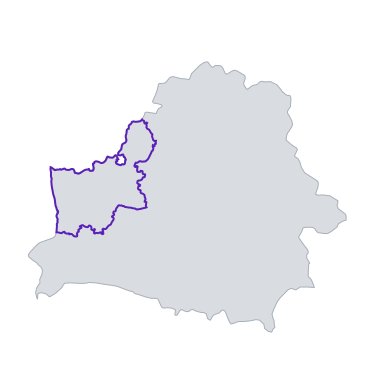 Belarus, with Grodno highlighted, rotated 6°
{"feature_id": "BLR-2344", "entity_name": "Grodno", "entity_type": "Region", "adm_level": 1, "iso_a3": "BLR", "parent_name": "Belarus", "parent_adm1": "", "projection": "orthographic", "projection_center": [25.492, 53.866], "detail": "fine", "context": "in_parent", "style": "outline", "palette": "violet", "viewbox_px": 384, "rotation_deg": 6, "n_neighbors": 0, "source": "natural_earth", "source_scale": "10m", "svg_char_len": 9427}
<svg xmlns="http://www.w3.org/2000/svg" viewBox="0 0 384 384"><g transform="rotate(6 192 192)"><path d="M323.5,274.2L317.1,274.4L309.5,275.2L305.5,278.5L300.7,277.4L297.6,279.4L290.6,288.2L288.0,292.8L285.7,299.8L284.3,305.0L285.5,308.5L287.1,311.6L287.7,315.2L288.6,317.9L286.8,320.0L285.9,323.0L282.6,322.7L278.5,320.2L277.4,316.2L274.2,313.6L272.1,312.3L268.8,312.3L263.6,314.0L256.8,315.4L251.6,316.0L248.8,317.5L244.7,319.2L243.0,317.6L240.5,313.2L238.3,308.7L236.9,306.8L235.7,306.3L234.4,306.4L232.8,308.0L231.7,309.5L227.4,311.4L225.6,313.2L223.7,317.5L222.3,317.2L220.8,316.3L218.9,311.7L216.6,310.7L212.9,310.8L208.4,310.0L204.7,308.7L203.4,309.1L201.2,311.2L198.9,311.6L193.7,310.0L192.7,310.8L189.9,316.1L188.5,316.4L187.7,315.7L188.0,311.2L184.9,309.7L179.9,309.6L176.3,310.4L174.6,310.2L173.7,309.4L169.2,301.9L166.9,301.5L162.8,302.0L156.7,301.2L149.7,299.6L145.8,299.0L143.8,297.3L139.5,296.8L127.9,293.7L123.2,293.2L116.3,293.1L105.8,292.4L99.0,292.8L95.9,293.8L92.2,294.4L79.7,295.2L75.2,296.0L73.9,297.5L72.3,301.0L67.0,306.9L61.9,310.8L61.0,311.1L58.1,308.9L55.7,308.2L52.8,307.9L50.7,308.5L49.4,309.5L49.5,314.1L49.2,314.5L47.1,308.9L47.4,304.0L48.7,301.1L50.3,298.6L49.7,294.7L51.4,289.7L51.5,286.0L50.9,284.4L49.7,282.5L46.6,280.4L45.2,278.8L40.8,276.5L36.6,273.7L35.9,272.1L36.1,271.0L36.9,269.3L40.4,264.5L44.1,259.8L46.5,257.9L58.7,252.1L60.6,250.0L61.2,246.4L61.2,239.0L60.6,232.3L59.8,227.6L57.7,218.9L51.9,200.8L48.8,182.1L51.1,183.3L56.7,183.8L61.2,182.6L63.5,182.5L65.6,183.0L71.5,182.0L72.9,183.7L75.5,185.3L80.7,183.2L85.3,180.6L90.1,181.0L90.8,179.7L92.0,173.1L93.4,171.7L99.1,172.4L101.1,171.2L103.3,168.0L106.7,166.0L109.5,166.0L112.3,163.7L113.8,165.2L114.5,168.0L113.5,170.1L113.9,171.0L115.9,172.1L119.4,172.0L121.6,171.1L122.1,169.9L122.1,167.6L121.5,165.5L120.0,163.7L117.3,162.8L115.4,162.7L115.1,161.6L115.7,159.1L117.4,154.5L119.5,150.4L120.7,148.9L120.9,147.4L120.7,144.9L120.6,140.5L122.4,134.2L124.9,129.4L128.2,127.9L132.2,127.0L134.8,124.8L136.0,122.2L137.0,118.1L138.3,117.3L148.0,117.7L149.4,113.6L150.2,112.5L152.0,111.2L153.3,109.8L152.8,108.7L150.3,108.0L144.5,107.5L143.3,106.1L143.7,104.5L145.2,100.3L146.6,94.9L147.2,90.8L147.3,88.3L148.1,87.6L152.8,86.8L154.3,85.9L158.2,80.2L161.2,79.2L169.2,80.4L172.8,80.2L177.4,80.5L177.7,79.9L179.2,74.2L186.7,65.0L190.7,61.8L193.3,61.0L194.2,61.1L198.5,65.7L199.5,65.8L202.2,63.7L207.0,63.4L209.3,64.9L212.7,70.6L214.4,71.2L218.9,67.7L221.4,66.5L223.1,66.5L232.1,70.5L232.8,71.9L233.0,73.6L231.9,79.0L233.9,82.1L236.2,84.2L240.5,80.3L242.1,79.2L244.0,79.0L246.3,77.6L248.0,75.4L249.6,74.6L252.9,74.9L258.7,74.0L265.7,76.7L266.4,77.7L270.1,81.2L271.4,82.9L272.6,83.4L274.5,85.1L277.0,86.1L278.7,85.6L279.6,86.2L280.4,87.5L280.7,90.0L281.0,96.9L278.8,100.8L278.6,102.1L278.8,103.6L281.0,106.5L283.9,111.0L284.7,113.6L284.8,115.7L281.9,121.9L280.8,123.4L280.2,126.4L280.0,129.4L280.4,130.7L286.6,135.0L291.1,137.2L292.2,138.4L292.3,139.2L290.4,144.5L290.3,145.9L293.9,147.7L296.1,150.9L298.3,156.2L302.0,161.1L315.1,167.7L316.3,169.0L316.8,170.6L316.7,174.2L315.0,181.2L317.3,182.0L322.8,181.2L329.5,181.4L338.0,185.5L338.2,187.6L337.6,189.7L338.3,191.7L339.4,193.4L346.9,198.0L347.7,199.5L348.1,202.1L348.1,204.0L346.2,204.6L344.2,205.8L340.9,208.4L339.8,211.8L334.5,216.8L331.1,219.2L328.3,219.5L321.5,219.2L319.0,217.2L317.8,215.3L315.2,214.6L311.7,214.8L307.0,215.6L306.1,216.3L305.6,218.8L303.9,223.2L302.6,225.8L309.4,233.7L312.7,236.9L313.8,239.0L313.9,240.5L312.6,242.4L313.1,245.9L316.5,250.4L315.6,251.2L315.8,257.1L316.3,263.3L317.2,264.7L319.0,265.8L320.5,267.9L323.2,272.9L323.5,274.2Z" fill="#d9dde1" stroke="#a8b0b8" stroke-width="1"/><path d="M128.7,128.1L132.5,127.3L133.6,126.7L134.1,126.1L134.6,125.3L134.7,125.5L136.6,126.2L137.0,126.6L137.2,127.9L137.5,128.5L137.8,128.7L138.0,128.8L138.2,128.7L139.1,127.9L139.4,127.7L139.7,127.7L140.2,128.0L140.0,128.3L139.4,128.6L139.2,128.9L139.2,129.1L139.7,129.8L139.9,130.4L140.0,130.9L139.9,132.4L140.1,132.8L140.6,133.5L141.4,134.0L142.7,134.4L143.4,135.2L145.2,137.8L145.5,138.1L146.4,138.5L146.5,139.0L146.6,139.3L146.4,140.5L146.5,140.9L147.7,143.6L148.1,144.5L149.6,145.3L150.6,144.8L150.8,144.8L150.8,145.0L150.7,146.3L150.8,146.9L151.0,147.5L150.9,148.0L150.7,148.1L150.1,148.1L149.9,148.5L149.9,150.3L149.7,150.4L148.2,149.6L148.1,150.3L148.2,151.0L148.3,151.3L148.8,152.1L148.9,152.5L149.0,153.0L148.8,154.4L148.7,154.8L147.9,155.4L147.7,155.7L147.4,157.0L145.5,162.3L144.9,163.6L144.5,164.3L143.3,165.6L142.8,166.2L142.5,166.4L139.0,167.1L137.5,166.8L137.0,166.8L136.5,167.0L134.5,168.7L133.0,168.8L132.8,169.1L132.3,170.6L132.0,172.0L132.1,172.4L132.3,172.6L133.3,173.1L133.6,173.0L134.0,172.1L134.2,171.9L135.1,172.3L135.3,172.5L135.1,173.7L135.1,176.0L135.3,176.7L135.6,177.4L135.9,177.6L136.2,177.7L138.2,177.4L138.5,177.2L138.6,176.5L138.7,176.3L140.3,176.4L140.5,176.5L140.7,176.9L141.0,178.6L141.5,179.3L143.4,179.3L143.6,179.6L143.6,180.1L143.5,181.3L143.3,181.8L143.2,182.2L142.0,182.4L141.7,182.7L141.5,183.2L141.0,184.5L140.8,184.8L140.4,185.2L139.8,185.6L137.6,186.3L137.0,186.6L136.7,186.9L136.7,187.2L136.6,188.6L136.7,188.9L137.3,189.4L139.5,190.3L139.7,190.6L139.6,191.1L139.3,191.6L138.2,191.7L138.1,191.9L137.9,194.1L138.2,194.6L138.9,195.2L139.3,195.4L140.4,195.5L140.7,195.7L140.8,196.3L140.8,197.2L140.8,197.6L141.2,198.2L141.4,198.4L143.4,198.9L144.8,199.7L145.2,200.3L145.5,201.9L146.3,203.3L146.5,203.9L146.4,204.7L146.0,205.7L145.9,206.6L146.1,206.7L147.2,206.6L147.6,206.8L147.7,207.5L147.5,210.0L147.8,211.1L148.4,212.0L148.1,212.2L142.2,214.3L139.7,215.0L138.8,215.1L137.1,214.4L134.3,214.3L132.6,213.9L131.2,214.1L126.6,213.8L126.2,213.6L125.7,213.1L125.2,213.1L124.3,213.2L123.3,212.7L122.0,213.0L120.8,212.8L120.3,213.1L119.7,213.8L119.4,214.6L118.4,216.2L118.3,216.7L118.0,218.7L117.9,219.1L117.5,219.3L116.3,219.6L116.0,220.1L115.9,221.2L116.1,221.5L116.8,222.0L116.9,222.4L116.9,222.8L116.5,223.3L115.2,224.3L115.0,224.7L115.0,224.9L115.2,225.2L115.9,225.3L116.2,225.5L116.8,226.4L116.9,226.8L116.9,227.2L116.6,228.2L115.5,230.2L114.6,232.8L114.4,233.0L112.7,234.1L112.4,234.4L111.7,235.6L111.0,236.4L110.9,237.0L110.5,237.5L109.1,238.0L108.4,238.0L107.9,237.8L107.6,237.8L107.2,238.2L107.0,238.4L106.9,238.7L107.0,239.1L107.1,239.4L107.7,240.1L107.7,240.4L107.2,240.9L107.3,241.4L107.5,241.7L108.0,242.0L108.2,242.3L108.1,242.7L107.9,243.0L107.6,243.2L106.8,243.1L106.3,242.8L105.9,242.5L105.6,241.7L105.4,241.7L104.2,242.0L103.4,242.7L101.6,242.6L100.3,243.1L99.8,243.4L99.2,243.3L98.8,243.0L99.0,242.2L98.7,241.5L99.3,239.5L99.3,239.3L99.2,239.2L98.7,239.1L98.4,239.5L98.0,240.2L97.6,240.4L97.2,240.4L95.9,239.8L95.7,239.5L95.8,238.6L95.7,237.8L95.3,237.0L94.8,236.5L93.6,236.1L93.3,236.1L93.1,236.2L92.8,236.5L92.2,237.7L91.7,237.9L90.6,237.9L88.8,237.5L86.8,236.4L86.0,236.6L84.4,237.5L84.2,237.8L84.1,238.0L84.3,238.2L85.5,238.5L85.7,239.1L85.6,239.3L85.4,239.5L84.0,240.4L82.9,241.7L82.9,241.8L83.4,242.5L83.5,242.9L83.4,243.3L82.5,243.9L81.9,245.4L81.9,245.7L82.3,246.5L82.4,247.3L82.4,247.7L82.3,248.0L81.9,248.2L81.1,248.4L80.3,248.4L79.5,248.3L78.7,247.9L78.3,247.5L76.8,246.4L76.4,246.3L75.3,246.5L74.6,246.9L74.4,246.9L74.3,246.7L74.2,246.1L73.9,246.0L72.3,246.5L70.5,246.2L69.9,245.9L69.5,245.1L69.1,244.9L68.8,245.0L68.0,245.4L67.0,246.3L66.4,246.6L62.0,246.1L61.4,246.2L61.2,239.6L61.2,239.2L60.9,238.6L60.9,238.0L61.0,237.6L61.5,236.5L61.5,236.1L61.2,234.5L61.3,233.5L61.3,233.1L60.9,232.3L60.0,231.0L59.7,230.0L59.8,229.0L60.1,228.2L60.5,227.6L60.8,226.8L60.9,225.5L60.6,224.8L60.1,224.4L59.5,223.7L58.6,221.3L58.0,220.5L57.5,218.9L56.3,213.7L55.7,212.0L54.2,208.7L51.7,200.1L51.0,196.3L51.0,193.0L50.3,191.8L50.0,190.6L49.8,187.7L49.5,186.3L49.1,185.1L48.8,183.7L48.8,182.1L49.9,182.4L52.7,184.3L53.3,184.5L53.8,184.5L55.4,183.8L57.4,183.6L58.0,183.2L58.5,183.0L59.3,183.4L59.8,183.5L62.3,182.1L62.8,182.0L64.2,182.9L64.7,183.0L66.8,183.0L67.7,182.8L69.7,181.7L70.8,181.6L71.8,181.9L72.7,183.1L73.2,184.6L73.6,185.2L74.2,185.3L75.3,185.3L76.3,185.6L77.4,185.6L78.6,185.0L82.4,181.8L84.0,180.9L86.0,180.5L86.8,179.9L87.2,180.0L87.6,181.1L88.0,181.5L88.6,181.6L90.7,181.3L91.3,181.0L91.7,180.0L91.8,178.5L91.5,177.5L91.1,176.5L90.7,175.4L90.6,174.5L90.6,174.3L90.8,174.3L91.1,174.0L91.7,173.6L91.7,172.6L91.9,172.3L93.0,171.6L94.5,171.5L95.9,171.7L98.4,172.7L99.9,172.5L101.3,171.6L102.6,170.1L103.1,169.0L103.8,166.4L104.2,165.7L104.8,165.6L106.8,166.3L109.4,166.2L110.2,165.7L111.5,163.8L112.3,163.4L112.7,163.5L112.9,163.7L115.3,167.1L115.0,167.3L114.3,167.2L113.6,167.6L113.6,168.1L114.3,168.6L114.5,169.0L114.3,169.4L113.4,169.7L113.1,170.1L113.4,171.1L114.1,171.8L115.0,172.2L117.8,172.7L118.5,172.7L118.8,172.5L119.3,171.8L119.7,171.6L120.9,171.8L121.3,171.7L122.0,171.2L122.3,170.3L122.3,167.8L122.8,167.0L122.8,166.8L122.7,166.5L122.4,166.3L122.3,166.1L121.8,165.0L121.2,164.3L120.6,164.3L120.1,163.1L120.0,162.6L119.8,162.2L119.4,161.9L118.9,162.0L117.0,163.1L115.6,163.1L114.9,162.9L114.5,162.2L114.5,160.8L115.1,159.6L116.6,157.8L117.2,156.7L117.3,155.6L117.3,154.5L117.4,153.0L117.7,151.9L118.2,151.3L120.2,150.1L120.8,149.5L121.2,148.6L121.4,147.5L121.2,146.5L120.4,144.5L120.2,143.5L120.2,142.8L120.5,141.7L120.7,140.6L120.6,137.8L120.7,137.1L121.0,136.6L121.7,136.0L122.4,135.7L122.5,135.2L122.5,134.8L122.2,133.7L122.2,133.2L122.5,132.2L123.1,131.5L123.8,130.9L124.5,130.2L124.7,129.6L124.8,128.7L125.2,128.4L126.4,127.9L128.7,128.1Z" fill="none" stroke="#5b21b6" stroke-width="2"/></g></svg>